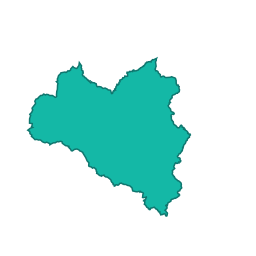 the district of Nam Giang, Quàng Nam, Vietnam, rotated 222°
{"feature_id": "81297802B72423367852086", "entity_name": "Nam Giang", "entity_type": "district", "adm_level": 2, "iso_a3": "VNM", "parent_name": "Vietnam", "parent_adm1": "Quàng Nam", "projection": "natural_earth1", "projection_center": [107.554, 15.607], "detail": "fine", "context": "isolated", "style": "filled", "palette": "teal", "viewbox_px": 256, "rotation_deg": 222, "n_neighbors": 0, "source": "geoboundaries", "source_scale": "gbopen_adm2", "svg_char_len": 5801}
<svg xmlns="http://www.w3.org/2000/svg" viewBox="0 0 256 256"><g transform="rotate(222 128 128)"><path d="M192.8,57.3L189.3,57.1L188.3,58.4L186.3,59.3L185.5,60.3L184.4,60.6L182.4,60.5L180.3,61.2L179.5,61.8L179.0,63.0L178.0,63.4L175.6,64.0L174.8,63.3L174.5,64.6L173.4,67.3L172.2,68.2L171.5,70.6L170.6,71.0L169.0,73.2L167.7,73.6L166.6,72.7L162.6,73.1L160.7,74.4L159.9,74.1L159.6,74.7L158.7,73.9L156.8,73.8L154.9,73.2L154.0,73.8L153.5,76.2L152.3,77.8L151.5,78.4L149.7,78.9L148.5,78.7L147.4,79.2L145.2,79.6L144.7,79.2L139.6,77.7L136.3,76.2L133.8,76.0L132.1,73.8L131.3,73.4L129.1,74.5L127.5,74.4L127.1,75.4L126.6,76.0L124.4,75.8L124.1,76.0L122.7,74.7L121.7,74.5L120.9,73.3L120.2,73.7L118.4,73.6L116.7,73.9L116.2,74.4L115.5,74.5L115.7,75.2L115.1,75.5L114.4,76.9L113.2,76.5L111.9,76.7L110.8,77.5L109.8,77.8L106.7,78.0L105.5,77.8L104.9,77.2L103.9,76.9L101.8,76.8L101.5,76.2L100.9,76.0L99.6,76.4L99.2,75.8L98.9,76.3L99.0,77.6L98.4,78.4L97.8,78.3L96.9,79.3L97.0,81.4L95.9,82.7L94.7,82.7L94.0,83.3L93.3,83.3L91.8,84.6L90.0,85.0L88.1,86.2L85.0,86.2L82.4,84.4L79.4,86.0L78.4,86.8L77.7,87.9L76.5,89.1L76.1,88.5L75.8,89.1L73.4,89.9L72.8,89.7L72.4,88.5L70.7,86.1L70.2,86.3L68.5,88.3L68.2,89.0L68.0,88.9L67.0,86.0L67.8,85.4L67.7,84.3L66.4,84.6L65.2,83.3L64.9,82.3L63.2,82.4L61.0,81.7L59.7,82.1L58.7,81.6L58.3,82.1L57.5,81.7L57.0,82.2L57.4,83.9L56.7,84.6L55.5,86.7L52.9,86.5L52.4,86.9L51.4,87.0L50.8,86.5L49.8,86.7L49.2,86.2L48.1,87.0L47.5,86.2L45.4,85.4L45.0,86.4L44.3,86.9L44.0,88.1L43.5,88.6L42.9,88.9L41.2,88.0L40.5,88.3L40.3,88.8L41.6,91.0L42.3,91.3L43.4,91.2L44.5,91.8L45.4,91.6L45.5,92.1L45.3,94.0L45.5,94.8L46.2,95.1L46.7,95.9L47.6,95.5L48.1,95.7L47.8,96.9L47.1,97.1L48.2,99.1L47.2,102.1L47.3,102.7L47.9,103.1L47.9,104.0L46.7,106.0L46.5,106.9L45.7,107.5L44.9,110.1L45.0,110.8L44.6,111.5L45.0,112.1L44.8,112.7L45.5,113.1L47.2,112.6L47.7,113.2L48.2,113.3L48.5,114.2L47.5,116.1L47.9,116.7L48.1,117.8L47.9,119.1L48.4,119.8L49.7,120.3L50.3,121.5L51.6,122.5L52.4,122.7L55.0,122.6L55.8,122.1L57.4,122.3L59.2,121.9L60.2,122.6L60.9,122.5L61.2,122.9L62.3,122.8L62.5,123.0L64.4,123.4L65.3,125.1L66.5,125.9L66.2,129.2L67.9,129.6L68.2,130.0L69.2,132.8L69.3,134.0L67.9,134.4L67.2,135.9L66.7,136.2L67.0,136.7L67.4,136.9L66.4,137.8L66.4,138.2L67.0,139.1L68.1,139.2L69.0,140.3L70.1,140.1L71.1,139.4L72.4,140.1L72.4,141.7L72.8,143.2L72.1,144.0L72.4,145.0L72.4,146.1L72.8,146.7L72.4,147.3L73.5,149.1L73.7,150.1L74.0,150.5L74.4,150.4L74.4,151.2L75.2,152.9L75.1,154.4L75.3,155.6L76.1,157.0L75.8,158.5L76.6,159.8L76.4,160.6L76.6,161.2L76.1,162.1L77.0,163.2L77.0,164.6L78.0,165.0L78.6,164.2L79.8,164.0L80.0,164.5L80.4,164.3L80.9,164.9L82.4,165.1L84.2,164.7L84.7,165.3L85.9,164.3L86.2,164.6L86.2,165.5L86.6,165.7L87.3,165.5L88.2,164.8L89.2,165.7L90.2,165.8L90.6,165.1L90.1,162.7L90.7,161.8L91.5,161.4L94.1,161.8L96.0,161.4L97.0,161.6L98.5,162.9L99.5,162.9L100.1,163.3L100.8,163.0L102.8,164.6L103.2,165.4L104.0,165.5L104.6,166.6L104.2,168.0L103.2,168.6L103.2,169.5L104.4,170.0L106.2,169.4L107.4,169.3L108.0,169.6L109.0,170.5L111.7,170.8L113.1,171.4L113.4,173.7L114.1,174.1L113.5,175.3L114.6,175.6L115.3,176.3L115.6,177.0L115.4,178.1L115.8,178.6L115.4,180.0L116.7,181.2L116.6,182.8L115.7,184.2L115.4,186.1L114.5,186.9L114.6,187.9L114.2,189.2L115.3,190.9L116.3,191.3L117.3,192.3L117.7,193.0L118.5,192.7L119.3,193.5L120.4,192.6L121.1,193.1L121.7,193.1L124.3,195.8L124.8,195.8L125.8,196.6L126.6,196.6L128.8,195.6L129.8,195.4L130.6,193.9L133.6,190.8L134.5,190.4L135.5,190.6L136.6,190.1L137.6,188.0L139.0,188.5L139.7,189.3L142.2,189.2L143.5,190.0L144.9,189.8L145.5,189.1L147.3,189.8L147.6,191.0L148.3,192.1L148.4,192.7L151.8,195.5L152.2,197.1L153.2,198.3L153.4,198.9L154.6,195.9L155.5,195.2L155.5,193.1L155.2,192.5L156.0,192.3L156.2,191.8L157.2,190.9L157.6,189.8L158.1,189.5L157.8,188.8L158.4,187.9L157.9,186.8L157.8,185.3L158.1,184.5L157.7,184.2L158.2,183.4L158.5,181.9L159.0,181.1L158.8,180.3L159.2,179.7L159.2,177.7L159.6,177.3L160.1,176.1L161.6,174.5L162.5,175.0L162.9,174.6L162.9,173.8L162.4,173.0L163.7,172.2L164.0,171.2L164.7,171.0L164.6,170.4L165.2,169.4L166.0,168.9L165.6,168.0L164.7,168.1L163.0,166.3L163.3,165.6L165.1,164.5L164.6,163.7L164.6,163.1L164.8,162.4L165.5,161.9L165.0,160.3L166.1,158.0L164.9,157.1L165.2,156.0L164.8,155.2L164.2,154.6L164.3,153.1L164.8,152.9L165.4,153.2L165.5,153.0L164.8,152.3L164.5,150.4L163.8,149.7L163.6,148.7L164.0,148.3L164.0,148.0L163.7,147.7L162.8,147.7L163.1,147.2L163.0,146.5L163.6,146.2L163.7,145.9L163.4,144.9L162.7,143.5L162.8,143.1L163.3,142.6L166.2,144.3L166.6,144.2L168.2,143.0L169.3,143.1L171.7,142.4L173.1,140.6L175.5,140.5L177.3,139.4L178.4,138.1L179.1,138.1L181.3,139.6L182.4,139.1L183.0,139.2L184.9,137.9L185.9,137.9L185.8,136.7L186.0,136.5L187.1,136.7L187.6,137.5L188.0,136.8L188.7,137.0L188.9,136.6L189.4,136.9L190.0,136.6L190.3,136.9L190.9,136.6L191.4,136.9L192.8,137.0L193.8,136.5L194.4,136.9L194.8,136.7L195.5,137.0L196.6,136.5L197.8,137.3L198.0,138.9L198.5,139.3L199.0,139.2L199.4,140.2L201.1,139.9L202.1,141.1L203.4,141.7L204.1,143.1L207.9,144.0L206.3,141.6L205.9,138.2L206.4,137.5L208.7,136.7L210.1,136.8L210.1,133.6L209.4,132.5L209.9,130.8L210.9,130.4L211.0,128.1L211.5,127.6L212.2,127.5L214.8,124.1L214.5,122.8L214.7,120.6L214.4,119.8L213.7,118.5L213.3,117.1L211.7,116.0L212.3,114.6L209.9,114.3L209.1,112.8L206.3,109.4L205.4,107.5L203.2,104.6L202.2,103.8L202.2,103.2L202.3,102.5L202.6,102.1L205.9,101.6L208.0,99.7L209.7,99.4L211.1,98.4L211.5,97.2L213.3,96.9L213.5,96.6L213.4,95.0L214.7,93.7L215.0,90.4L214.6,89.7L215.7,87.9L215.2,85.7L215.0,85.4L213.6,84.8L213.0,84.1L212.6,78.7L212.1,78.1L211.0,77.8L210.7,77.2L210.0,75.0L210.2,73.1L210.0,72.3L208.8,72.3L207.3,69.0L204.4,65.7L202.1,67.2L201.0,65.8L200.6,64.5L199.2,64.7L200.4,62.6L201.0,59.3L198.7,59.6L197.9,59.1L197.1,58.2L194.8,58.4L194.1,57.1L192.8,57.3Z" fill="#14b8a6" stroke="#0f766e" stroke-width="1.5"/></g></svg>